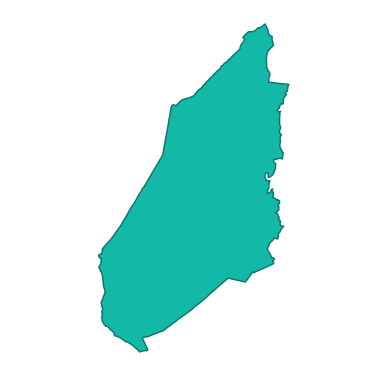 the district of Slobozia Bradului, Vrancea, Romania, rotated 72°
{"feature_id": "2599482B85877381221318", "entity_name": "Slobozia Bradului", "entity_type": "district", "adm_level": 2, "iso_a3": "ROU", "parent_name": "Romania", "parent_adm1": "Vrancea", "projection": "equal_earth", "projection_center": [27.039, 45.483], "detail": "fine", "context": "isolated", "style": "filled", "palette": "teal", "viewbox_px": 384, "rotation_deg": 72, "n_neighbors": 0, "source": "geoboundaries", "source_scale": "gbopen_adm2", "svg_char_len": 5925}
<svg xmlns="http://www.w3.org/2000/svg" viewBox="0 0 384 384"><g transform="rotate(72 192 192)"><path d="M55.0,70.5L55.2,71.7L55.7,72.7L56.4,74.7L56.5,76.6L56.4,78.8L56.9,79.8L58.0,81.9L58.3,83.1L58.2,84.9L57.2,87.9L57.2,88.6L57.3,89.1L57.5,89.8L58.6,91.8L59.5,93.8L60.3,95.3L60.6,95.7L60.8,95.8L62.3,95.2L63.1,94.8L63.5,94.8L64.5,96.1L66.1,98.4L67.5,100.1L69.0,101.3L71.0,102.5L71.4,103.2L71.8,103.9L72.3,105.3L73.7,108.0L75.2,111.6L76.2,113.0L77.0,115.0L77.3,115.4L77.5,116.5L78.4,117.8L79.2,119.2L79.4,120.0L79.4,121.0L79.8,121.7L81.1,123.3L81.0,123.9L81.7,125.6L82.0,125.8L82.4,125.8L83.7,127.8L84.1,129.3L84.8,130.8L85.9,133.0L88.8,138.2L89.7,140.2L90.7,141.8L91.9,144.5L93.5,146.9L94.6,148.9L95.7,150.5L96.3,151.9L96.7,153.3L97.0,154.0L99.2,157.9L99.9,158.6L100.2,159.2L101.1,161.0L101.3,161.9L101.4,162.6L101.5,166.2L101.3,172.6L101.7,174.1L102.4,175.8L103.8,178.3L104.8,180.0L105.0,180.3L104.1,181.7L103.6,182.1L103.4,182.5L103.3,183.4L103.3,183.9L103.5,184.3L104.2,184.9L105.4,185.9L113.7,190.1L114.4,190.5L115.2,191.2L116.0,191.4L119.9,193.4L120.5,193.7L134.3,201.2L147.9,208.5L157.1,219.0L171.2,234.8L172.5,236.4L172.8,237.2L173.0,237.5L176.1,240.7L179.7,245.1L181.3,246.5L187.2,253.6L188.7,255.6L190.4,257.3L197.9,265.6L199.1,267.1L200.3,268.3L202.2,270.5L207.4,277.7L209.0,279.5L213.3,286.1L214.4,288.3L216.7,292.0L218.2,294.4L218.8,295.1L219.3,295.3L220.6,295.4L221.2,295.8L222.8,297.2L222.9,297.9L222.8,299.0L223.2,300.1L223.5,300.4L224.1,300.6L224.7,300.4L225.8,300.3L226.1,300.1L226.2,299.7L226.4,299.6L226.6,299.3L226.9,298.8L227.2,298.7L227.3,298.8L227.5,299.1L228.0,299.3L228.2,299.2L228.5,299.3L229.0,299.5L229.8,299.6L230.1,299.8L230.3,300.1L230.9,300.2L231.2,300.6L231.6,300.6L231.9,300.7L232.2,300.9L232.4,301.4L233.5,302.5L234.3,303.5L234.7,303.7L235.8,303.7L237.3,303.4L238.9,303.5L239.7,303.3L240.2,303.0L241.0,302.8L242.6,302.9L248.0,303.8L248.9,304.1L251.0,304.4L253.7,305.1L258.6,305.2L260.3,305.5L260.7,305.7L261.1,306.3L261.4,306.5L261.9,306.7L262.8,307.3L263.9,308.6L265.6,309.5L265.9,309.6L266.5,309.9L266.6,310.5L267.9,311.6L268.2,311.7L269.4,312.7L270.8,312.7L271.9,313.1L272.5,313.1L273.4,312.9L274.9,313.1L275.4,313.0L275.7,313.1L276.3,313.3L277.3,314.3L277.9,314.7L279.3,314.7L279.6,315.2L280.6,314.9L281.3,314.9L281.5,315.3L281.9,315.7L283.5,316.7L283.9,316.8L284.5,316.7L287.4,317.2L287.9,316.8L289.4,316.8L290.4,316.6L290.7,316.5L290.9,316.2L292.0,315.8L292.5,315.6L293.0,315.7L293.2,314.6L294.9,313.1L297.0,312.6L298.2,312.0L299.9,310.6L301.2,310.0L301.2,309.9L302.6,309.6L303.0,310.0L303.8,310.1L304.7,309.8L305.1,309.6L305.7,308.4L307.5,306.4L309.0,304.8L310.2,304.0L311.4,303.0L313.8,301.4L313.7,301.2L314.4,300.5L314.8,299.6L317.2,297.6L320.0,295.6L323.2,293.6L325.7,292.2L327.9,291.1L328.0,290.8L327.9,288.6L328.0,287.6L328.4,285.5L328.7,284.8L329.0,283.8L328.8,283.1L328.6,283.0L327.1,282.8L324.8,283.2L317.3,284.2L315.5,284.2L315.1,283.8L315.4,281.2L315.9,278.8L315.8,276.8L315.6,275.0L315.3,268.8L315.0,264.6L315.0,263.6L315.1,262.6L314.7,261.2L313.8,259.0L309.6,246.3L308.8,244.7L308.0,241.8L307.4,240.2L306.4,236.7L303.6,228.5L303.1,227.1L302.4,226.1L300.4,220.5L299.2,217.3L297.8,213.6L294.5,206.4L290.9,198.1L286.0,186.5L285.1,184.2L294.1,169.0L289.0,161.9L288.0,160.6L287.2,160.0L286.9,159.0L287.8,158.4L287.4,157.5L287.8,157.0L287.5,156.0L285.6,138.1L285.2,136.5L285.0,136.3L284.1,136.2L283.5,136.3L282.9,136.6L282.5,136.5L282.2,136.3L282.0,135.9L281.9,134.9L281.7,134.6L281.2,134.4L280.7,134.5L279.6,135.1L279.4,136.2L277.8,136.5L269.9,138.0L269.3,137.8L266.6,135.5L265.7,135.0L264.2,133.3L263.9,132.6L263.3,131.0L262.9,130.2L262.2,129.1L261.3,128.1L261.3,127.6L263.0,125.2L262.3,124.4L260.2,123.1L259.3,123.2L258.3,123.1L258.1,122.3L257.5,121.2L257.1,120.6L256.0,119.9L255.6,119.2L254.5,117.9L253.6,116.5L253.0,115.5L252.6,115.9L251.7,117.5L250.4,118.2L249.8,118.2L249.0,118.0L247.5,116.9L246.5,117.1L246.0,117.4L245.2,118.1L244.8,118.3L244.4,117.7L243.6,117.3L243.0,116.9L242.0,117.3L241.6,117.4L241.5,117.7L239.9,117.3L239.1,117.3L237.5,118.8L237.5,118.4L236.8,117.2L236.5,116.2L236.1,115.3L234.8,114.6L232.4,113.9L231.5,114.8L230.5,113.7L230.2,113.2L230.2,112.8L229.5,112.1L228.2,111.8L227.2,111.6L226.4,112.5L225.6,113.0L225.9,113.3L226.0,113.6L224.9,114.3L223.4,115.5L222.9,116.4L222.6,116.7L222.1,116.8L220.4,115.8L218.6,114.9L217.6,114.9L215.9,115.2L214.5,114.8L214.2,114.5L214.1,115.2L214.3,115.7L215.1,116.7L216.8,117.6L216.9,118.2L216.7,119.2L216.4,119.8L216.4,120.6L213.8,119.4L212.9,118.7L211.8,117.6L208.6,116.5L205.3,114.6L204.3,117.2L204.3,117.8L199.9,117.9L197.6,117.0L196.8,116.5L196.6,116.2L196.8,115.6L197.2,115.0L197.3,114.5L197.0,114.3L197.1,114.0L198.6,114.0L199.4,114.2L200.4,114.7L201.1,114.9L201.5,114.9L201.9,114.4L201.8,113.6L201.2,111.1L200.0,109.3L199.4,108.6L198.5,107.7L197.5,107.1L196.4,106.2L195.3,105.4L194.5,105.0L193.9,104.9L193.1,104.6L192.3,104.1L191.4,103.7L190.6,103.7L190.4,104.2L189.9,105.0L189.5,105.1L188.0,104.7L186.4,104.2L187.0,101.1L186.8,100.6L186.7,99.9L186.9,98.9L187.3,97.8L187.9,96.7L188.4,95.6L187.6,95.5L186.4,95.0L182.9,93.1L182.3,93.5L181.8,93.7L179.8,93.8L177.6,94.5L174.0,93.9L173.4,93.4L172.2,92.8L170.2,92.0L169.4,91.8L168.9,91.8L167.2,91.1L166.1,90.2L165.4,89.3L163.1,90.5L160.4,89.7L159.9,89.0L158.4,88.0L157.4,87.6L156.7,87.8L155.3,87.8L153.9,87.5L153.0,87.3L149.2,86.0L145.0,84.3L144.5,84.3L143.4,84.2L143.1,83.7L143.2,83.3L142.8,83.0L142.4,85.2L141.2,85.7L140.4,85.7L140.1,85.4L139.6,84.2L139.3,83.2L137.9,82.4L135.5,80.2L136.3,78.8L136.2,78.2L135.8,77.8L134.7,77.4L133.8,77.1L131.7,76.2L130.9,75.5L130.2,74.3L129.2,73.6L128.5,72.3L127.7,72.2L126.7,72.6L125.6,71.2L125.7,70.5L122.8,68.8L121.4,68.3L119.6,66.8L111.3,85.1L108.8,84.3L106.3,83.1L105.2,81.8L102.3,81.4L101.6,81.4L100.4,82.1L98.3,82.4L95.7,82.3L93.2,81.4L89.5,80.6L85.6,78.9L82.2,76.9L80.4,74.5L79.4,72.6L77.7,69.1L71.8,68.8L69.0,67.8L66.8,69.6L64.9,70.3L60.7,69.7L55.0,70.5Z" fill="#14b8a6" stroke="#0f766e" stroke-width="1.5"/></g></svg>